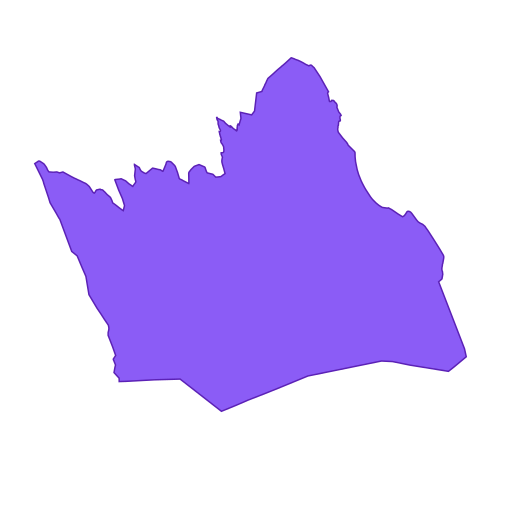 Hattfjelldal nor, Nordland, Norway, rotated 70°
{"feature_id": "86288312B94479588968211", "entity_name": "Hattfjelldal nor", "entity_type": "district", "adm_level": 2, "iso_a3": "NOR", "parent_name": "Norway", "parent_adm1": "Nordland", "projection": "robinson", "projection_center": [13.925, 65.5], "detail": "fine", "context": "isolated", "style": "filled", "palette": "violet", "viewbox_px": 512, "rotation_deg": 70, "n_neighbors": 0, "source": "geoboundaries", "source_scale": "gbopen_adm2", "svg_char_len": 5998}
<svg xmlns="http://www.w3.org/2000/svg" viewBox="0 0 512 512"><g transform="rotate(70 256 256)"><path d="M87.4,148.7L86.7,149.3L84.6,151.9L83.9,152.5L81.9,154.9L81.8,155.2L85.0,162.9L86.2,166.1L86.4,166.9L86.8,167.7L88.1,171.3L89.1,173.8L89.8,175.5L89.9,175.8L90.2,176.4L92.1,181.2L93.0,183.6L93.4,184.3L94.7,185.6L95.2,186.2L96.5,187.3L98.1,189.1L98.8,189.6L102.6,193.6L103.4,194.2L103.0,199.6L114.1,205.2L119.3,207.8L121.9,211.8L115.6,221.6L121.6,223.1L127.0,227.1L125.9,227.7L126.9,228.8L128.2,229.4L128.4,229.5L128.6,229.7L128.9,229.7L129.4,230.0L129.9,230.0L130.2,230.3L130.9,230.4L131.1,230.7L131.0,230.8L131.5,231.0L131.8,231.4L131.7,231.5L131.2,231.9L131.1,232.0L130.6,232.1L130.3,232.4L129.9,232.7L128.6,233.6L128.1,233.9L127.9,234.0L126.6,234.5L126.2,234.8L125.8,234.9L125.5,235.1L125.5,235.3L125.4,235.4L124.8,235.7L124.8,235.8L125.2,236.0L125.9,236.1L126.0,236.1L125.9,236.3L124.8,236.6L124.7,236.7L124.6,237.1L124.3,237.3L120.8,239.3L118.4,240.2L118.1,240.4L117.8,240.7L117.0,241.6L116.3,242.3L115.6,242.8L114.7,243.8L113.8,244.8L112.8,245.2L112.4,245.3L112.4,245.6L112.6,245.7L113.3,245.7L114.0,245.9L114.7,245.9L115.2,245.8L115.5,245.8L116.1,245.6L116.5,245.6L117.2,245.8L117.9,246.1L119.2,246.5L121.1,246.5L122.0,246.7L123.4,246.7L124.7,246.5L125.7,246.4L125.8,246.5L126.5,246.8L126.7,247.1L126.8,247.4L126.9,247.6L126.6,248.0L127.7,248.2L128.3,248.2L128.8,248.3L129.2,248.3L129.6,248.5L130.0,248.4L131.7,248.6L131.9,248.5L134.0,248.7L134.8,248.7L135.1,248.9L135.4,249.3L135.2,249.7L135.7,249.8L137.2,250.0L138.0,249.9L138.6,249.6L139.3,249.5L140.8,249.2L142.4,249.1L143.1,249.3L144.4,249.7L145.2,249.8L147.0,250.6L147.3,251.0L147.5,251.4L147.5,251.8L147.5,252.2L147.2,253.0L147.1,253.4L147.5,253.5L148.0,253.8L148.7,253.9L151.6,253.7L152.9,254.5L153.6,254.9L154.3,255.3L156.0,255.9L158.7,256.2L162.6,256.4L168.0,256.9L168.5,259.0L169.4,261.8L168.7,264.8L168.1,266.9L164.6,268.5L164.3,268.8L162.7,271.2L161.6,272.8L161.3,273.3L160.9,273.5L160.4,273.6L158.6,273.7L155.5,273.6L154.8,273.8L151.2,277.6L150.6,278.3L150.6,282.4L150.7,283.5L152.5,287.4L153.8,289.5L154.4,290.4L155.4,291.0L164.5,294.1L164.9,294.4L160.2,298.8L159.4,299.4L157.4,301.4L157.0,301.6L150.9,301.2L144.4,301.2L143.1,301.5L138.8,303.5L138.1,304.1L137.1,305.8L136.9,306.4L136.8,306.9L137.0,307.6L137.3,308.1L139.0,309.3L141.3,311.4L144.5,314.4L144.5,314.7L143.0,315.9L142.4,316.2L141.2,318.3L139.8,320.3L138.1,323.0L138.1,323.3L139.9,328.3L140.7,330.5L140.9,330.9L140.8,331.3L139.9,332.5L137.3,334.6L136.7,334.9L134.9,335.3L133.3,335.4L132.8,335.5L132.0,336.2L128.4,338.9L128.8,339.1L132.9,339.6L139.0,342.6L142.3,343.2L145.0,343.5L145.4,343.7L146.3,344.9L147.6,346.9L148.5,348.0L148.2,348.3L147.3,348.8L144.7,350.7L140.8,352.8L137.5,356.1L137.3,356.3L137.0,358.1L136.1,361.6L136.0,362.3L136.1,362.6L147.0,362.5L156.3,361.9L163.3,362.3L163.8,362.4L166.3,364.1L168.0,365.2L167.8,365.4L167.6,365.6L163.7,368.2L161.7,369.4L159.8,370.6L157.0,372.5L154.8,372.4L151.4,372.7L151.0,372.8L149.7,373.5L147.3,374.9L143.9,376.3L142.7,377.0L142.2,377.1L141.1,378.0L140.5,379.4L139.9,379.6L139.7,380.8L139.4,383.2L139.8,384.0L141.2,385.6L141.6,386.4L141.2,386.9L140.4,387.4L133.7,388.9L132.5,389.5L130.5,390.6L129.4,391.4L128.1,392.8L125.0,395.7L123.6,397.2L121.8,398.9L121.0,399.8L118.3,402.3L111.0,408.7L110.7,412.2L108.9,414.4L108.2,417.0L107.8,418.2L106.2,421.7L105.9,421.9L104.1,422.4L101.1,422.6L97.4,423.6L96.6,424.0L95.1,425.1L93.2,426.5L92.6,427.3L92.4,428.0L92.7,429.0L93.5,432.3L110.0,430.5L110.6,430.4L113.5,430.4L115.1,430.6L130.3,431.0L135.5,431.3L147.5,429.1L153.0,428.2L154.4,427.8L188.7,427.6L194.7,424.0L207.1,423.4L217.0,422.8L235.2,426.2L250.9,423.2L257.2,421.6L263.8,420.1L270.5,418.4L272.5,418.7L273.4,418.9L274.4,419.3L275.8,420.1L277.3,421.1L280.0,422.1L292.1,421.8L301.5,421.9L304.0,425.3L304.6,425.5L305.5,425.4L310.4,425.3L312.5,426.7L317.0,429.3L324.0,426.4L327.2,427.5L329.3,421.1L337.6,393.8L345.7,369.4L390.1,341.6L389.5,326.2L388.7,312.7L388.2,291.3L387.6,274.5L386.5,248.2L397.6,174.0L401.9,163.8L411.1,148.8L430.2,114.6L428.0,107.9L422.6,92.9L414.5,91.8L342.7,93.2L341.2,89.2L340.9,89.0L340.5,88.8L340.4,88.6L339.9,88.4L339.4,88.1L338.9,87.8L338.6,87.6L338.1,87.4L337.4,86.9L336.4,86.6L334.7,86.2L334.1,86.1L333.6,86.2L333.0,86.1L332.1,85.9L331.3,85.7L331.0,85.4L330.8,85.4L330.2,85.1L330.0,84.9L328.7,84.2L328.2,83.9L327.6,83.7L326.8,83.0L322.5,80.5L321.2,79.9L320.4,79.7L319.9,79.7L319.3,79.7L311.8,81.1L300.7,83.5L290.7,85.8L287.6,86.7L286.6,86.9L285.9,87.1L283.2,88.6L281.6,90.2L280.9,90.8L279.7,91.7L279.2,92.0L277.6,92.6L277.0,92.8L270.4,94.7L269.1,95.1L267.7,95.7L266.7,96.5L266.1,97.4L266.0,97.7L265.9,98.1L266.0,98.7L266.2,99.2L267.2,100.4L267.9,101.4L268.8,102.8L269.2,104.3L269.2,104.9L264.9,108.3L262.2,110.2L258.6,112.8L257.8,113.6L256.5,114.7L256.1,115.1L256.0,115.3L256.0,116.1L253.6,120.6L253.1,121.1L250.4,123.2L247.2,125.1L242.6,127.2L240.2,128.0L239.1,128.3L231.3,130.1L228.6,130.6L224.1,131.2L221.1,131.5L217.4,131.6L214.8,131.7L209.5,131.4L201.5,130.2L196.8,129.0L193.3,127.8L192.7,127.6L192.1,127.6L191.5,127.7L183.8,131.3L182.8,131.6L181.7,131.6L181.3,131.7L181.3,131.8L181.0,131.9L180.2,132.0L174.7,134.2L168.0,136.3L167.4,136.3L165.7,136.1L164.6,135.8L163.0,134.9L162.0,134.6L161.8,134.4L161.4,133.9L158.7,132.7L158.2,132.4L157.9,132.1L157.7,131.6L157.8,131.5L157.9,130.9L157.8,130.6L157.5,130.4L157.0,130.2L155.2,130.0L154.2,129.6L153.5,129.3L153.4,129.2L153.1,128.5L153.1,128.0L151.8,128.0L151.4,128.2L150.9,128.3L149.3,128.9L148.5,129.0L144.5,129.1L144.2,129.2L143.6,129.0L142.9,128.5L142.7,128.4L141.2,128.2L140.5,128.3L139.7,128.5L138.8,129.1L137.1,129.5L136.9,129.9L136.0,130.4L136.0,130.5L136.1,130.9L135.6,131.6L135.6,131.8L136.4,132.6L136.2,133.5L136.0,134.0L135.6,134.1L132.0,133.5L127.7,133.1L127.0,132.7L126.8,132.4L126.5,131.7L109.3,134.5L98.9,137.0L98.2,137.4L97.1,138.0L96.0,138.5L95.5,138.9L95.3,139.2L95.2,140.2L95.4,141.2L95.3,141.4L94.1,142.5L93.2,143.5L90.4,145.8L87.6,148.4L87.4,148.7Z" fill="#8b5cf6" stroke="#5b21b6" stroke-width="1.5"/></g></svg>